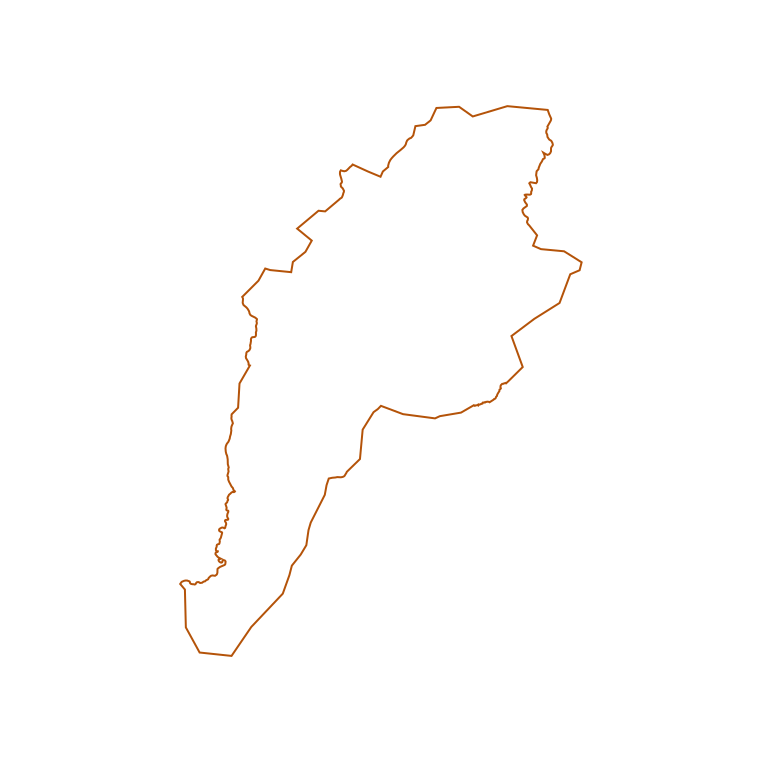 Otgon, Dzavhan, Mongolia, rotated 15°
{"feature_id": "93677404B32198564408141", "entity_name": "Otgon", "entity_type": "district", "adm_level": 2, "iso_a3": "MNG", "parent_name": "Mongolia", "parent_adm1": "Dzavhan", "projection": "albers", "projection_center": [97.63, 47.271], "detail": "fine", "context": "isolated", "style": "outline", "palette": "amber", "viewbox_px": 768, "rotation_deg": 15, "n_neighbors": 0, "source": "geoboundaries", "source_scale": "gbopen_adm2", "svg_char_len": 6116}
<svg xmlns="http://www.w3.org/2000/svg" viewBox="0 0 768 768"><g transform="rotate(15 384 384)"><path d="M259.9,256.4L277.1,264.2L273.9,276.7L264.4,289.7L265.4,300.0L244.6,303.4L239.4,303.2L236.0,316.7L224.5,336.6L225.1,337.2L225.6,337.8L225.9,338.8L226.4,341.6L226.5,342.1L226.8,342.7L227.9,344.1L231.2,345.6L232.7,346.6L234.5,348.3L235.1,349.1L235.9,350.7L237.1,351.9L238.4,352.4L242.4,353.2L244.4,354.1L244.6,354.5L244.6,356.5L245.4,358.0L245.5,358.8L245.3,360.6L245.3,361.3L246.4,363.6L247.0,365.6L246.9,367.2L247.0,367.7L247.3,368.5L247.7,370.1L247.6,371.2L247.2,371.8L246.8,372.1L244.7,372.9L244.3,373.3L243.9,374.3L243.9,375.4L244.3,376.5L244.4,377.0L244.7,380.0L244.6,381.0L244.7,381.5L245.3,382.9L245.6,384.0L245.4,385.4L245.2,386.1L244.9,386.7L244.2,387.6L243.3,388.4L243.1,389.0L243.0,389.8L243.3,391.0L243.4,393.3L244.0,394.7L247.0,397.6L247.4,398.4L247.9,399.1L248.2,400.4L248.7,400.7L249.7,400.8L244.3,420.9L249.2,444.7L244.7,452.7L244.9,454.1L245.3,455.2L245.3,455.9L245.6,457.1L246.6,458.7L246.9,458.9L248.2,461.1L247.8,463.5L247.7,464.8L248.0,467.1L248.5,468.2L248.6,468.8L249.0,472.0L248.9,474.7L249.1,476.7L248.7,480.0L247.8,482.1L247.5,483.2L247.3,485.1L247.6,487.3L248.7,490.4L249.9,492.6L250.7,493.5L251.2,494.3L252.5,497.2L253.9,501.9L255.6,504.8L255.5,506.4L256.5,508.8L256.4,512.6L256.7,513.5L257.5,514.1L257.8,514.8L258.3,516.7L259.6,518.5L263.4,522.6L264.6,523.3L265.2,523.9L266.0,525.3L267.8,526.3L267.6,526.8L267.0,527.3L265.6,527.5L264.7,528.4L263.9,529.8L263.0,531.0L262.3,534.0L262.5,535.1L263.3,535.9L263.4,536.4L263.4,536.7L263.1,537.3L263.1,538.9L262.1,540.5L262.0,541.1L263.9,544.0L264.1,544.7L264.1,545.9L264.5,546.6L265.0,546.8L266.1,546.7L266.5,547.0L266.7,547.9L266.4,549.8L266.5,551.4L266.7,552.2L266.9,552.8L267.4,553.4L268.5,554.6L268.5,555.0L268.5,555.3L268.1,555.6L267.5,555.9L266.4,556.2L266.0,556.5L265.9,556.7L265.8,557.3L266.0,557.8L267.2,558.9L267.7,559.8L267.9,560.7L267.7,562.0L267.8,564.0L267.6,564.4L267.2,564.7L266.2,564.4L265.3,564.4L264.3,564.8L262.8,566.3L262.5,566.8L262.4,567.2L262.6,568.1L262.9,568.5L263.9,568.9L265.7,569.2L266.0,569.3L266.2,569.7L266.2,574.4L266.0,575.7L265.6,576.5L265.5,577.1L266.2,578.7L266.3,580.6L266.2,581.1L266.0,581.3L264.9,581.9L264.3,582.5L264.2,583.3L264.5,584.5L264.2,586.4L264.6,587.9L265.0,588.4L265.6,588.8L266.5,588.6L266.8,588.6L266.8,588.8L266.7,589.2L266.6,589.3L265.3,590.2L265.1,590.5L265.1,591.5L265.2,591.9L265.6,592.3L268.0,594.0L269.3,594.5L271.7,595.0L270.1,595.9L269.7,596.4L269.8,597.0L269.9,597.3L270.7,598.1L272.2,598.7L273.2,598.6L273.8,598.1L273.8,596.7L274.0,596.1L274.5,595.7L275.5,595.6L276.0,595.7L276.8,596.3L277.0,596.7L277.3,599.0L277.2,599.5L276.8,600.1L273.5,602.7L272.8,603.3L271.3,605.2L271.1,605.6L271.1,606.0L271.9,609.3L271.9,610.7L271.6,611.6L270.4,613.0L267.9,613.3L266.6,614.0L266.3,614.3L264.9,616.6L264.8,617.1L264.7,617.9L264.6,618.2L263.0,619.6L262.1,621.0L261.3,621.3L260.6,621.9L259.8,623.0L257.9,623.8L256.3,623.3L255.0,623.7L254.6,623.9L254.2,624.5L254.1,624.8L253.7,626.2L253.0,626.7L251.9,626.7L250.7,627.0L249.2,627.0L248.5,626.7L248.2,626.4L247.9,626.0L247.6,625.3L247.2,625.0L244.7,624.8L243.4,625.1L241.9,625.8L240.0,627.3L239.6,627.9L238.9,629.9L244.9,634.1L255.6,670.4L275.4,691.1L307.1,686.1L318.7,653.0L340.5,612.7L342.1,593.1L342.0,583.3L347.7,570.3L350.7,559.8L348.9,544.7L349.1,536.8L355.5,506.4L354.7,496.6L355.1,489.6L358.2,488.0L361.2,486.9L363.0,486.0L366.4,485.3L367.9,484.6L368.9,483.9L369.6,483.1L370.7,479.4L370.8,478.5L380.2,462.7L375.2,433.6L381.2,413.9L384.6,409.7L386.7,405.9L410.2,408.2L442.2,404.0L446.3,400.6L465.8,391.7L476.3,381.2L476.9,381.6L477.4,381.6L478.3,380.8L479.3,380.5L480.0,379.8L480.4,380.2L480.6,380.3L480.9,379.2L481.4,379.3L482.5,378.6L482.8,378.2L483.7,377.8L483.8,377.4L484.2,377.2L484.1,376.7L484.3,376.3L485.6,376.0L485.9,375.6L486.4,375.7L487.1,374.9L487.6,374.8L488.1,374.4L489.1,374.2L490.2,374.1L490.7,374.3L493.9,370.8L494.1,370.2L494.6,369.9L495.3,369.2L495.5,368.7L495.6,367.3L496.2,366.3L496.1,365.1L496.4,363.8L496.8,362.4L497.1,361.6L497.3,360.9L497.0,359.9L497.1,359.4L497.7,358.8L497.9,358.3L498.0,357.8L497.3,357.1L497.1,355.4L497.3,354.7L498.1,353.3L499.4,352.8L499.9,352.2L500.3,352.1L501.2,351.5L501.6,351.8L501.9,351.7L502.0,351.3L503.3,349.3L513.6,331.7L494.7,304.7L512.3,282.2L532.6,260.3L535.5,229.8L543.5,223.5L543.4,215.3L523.6,209.2L500.7,213.1L492.2,211.8L493.4,200.8L483.2,193.2L481.6,192.3L480.3,190.8L480.1,189.5L480.4,188.7L480.3,187.0L479.7,186.0L476.6,185.0L475.2,184.0L473.5,182.1L472.6,180.0L473.3,178.3L475.9,175.1L475.8,174.3L475.6,173.7L473.3,171.9L471.8,170.1L471.7,169.3L473.2,167.4L473.4,166.8L472.9,166.2L471.7,165.6L471.0,165.0L471.3,164.6L473.0,164.0L475.9,163.4L476.8,162.6L476.8,161.6L476.4,160.3L476.7,158.8L476.4,156.9L475.0,155.6L473.6,153.8L472.4,152.5L472.7,151.8L473.3,151.2L478.9,150.7L479.5,149.4L479.3,147.6L478.3,145.3L476.9,143.0L476.4,139.4L476.4,138.9L477.6,136.6L477.5,135.0L478.0,130.8L478.7,128.9L479.1,127.3L479.3,125.7L480.7,124.4L480.6,123.4L479.6,121.2L478.0,119.3L480.5,120.0L482.6,120.4L484.0,119.4L484.8,117.9L485.1,116.0L484.4,113.4L484.3,112.3L485.2,109.7L485.1,109.0L484.1,107.3L482.6,105.8L480.3,105.1L478.0,103.1L477.0,100.7L475.8,99.5L475.3,97.8L475.4,96.4L475.9,94.8L475.8,94.0L475.2,93.1L476.9,86.6L477.0,85.6L476.8,84.4L473.7,80.6L471.2,76.9L431.2,83.7L400.5,102.6L384.8,96.8L363.2,103.8L360.8,117.3L356.6,123.0L347.6,126.8L347.9,136.2L347.5,137.2L346.6,139.0L346.2,139.5L345.1,140.2L343.7,142.1L343.3,142.9L343.0,144.9L343.0,146.9L342.6,148.4L341.7,150.3L339.4,153.7L336.4,157.8L334.0,161.9L332.9,164.1L332.1,166.1L331.5,169.0L331.5,172.0L331.9,173.3L327.9,179.0L327.0,184.7L313.5,182.9L296.9,180.1L296.2,181.7L295.1,183.1L293.1,186.7L292.2,187.9L290.6,188.8L288.7,188.9L287.0,188.8L286.7,189.9L286.6,190.5L287.0,192.2L287.4,193.2L289.6,196.7L291.0,199.3L291.1,200.1L290.9,200.8L290.4,201.5L290.3,202.2L290.6,202.8L290.9,203.3L291.1,204.1L291.5,204.6L293.5,205.7L295.4,207.8L295.5,209.3L295.3,210.3L295.4,211.7L295.1,214.3L294.8,215.1L293.3,216.7L293.2,217.1L282.5,232.5L275.9,233.6L259.9,256.4Z" fill="none" stroke="#b45309" stroke-width="2"/></g></svg>